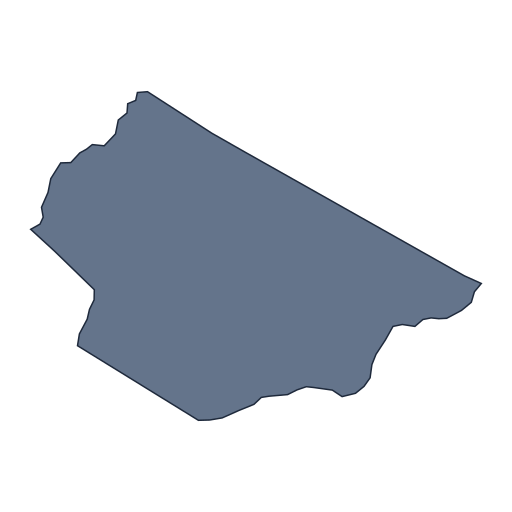 Itaquitinga, Pernambuco, Brazil (Robinson projection)
{"feature_id": "56859067B86839923199857", "entity_name": "Itaquitinga", "entity_type": "district", "adm_level": 2, "iso_a3": "BRA", "parent_name": "Brazil", "parent_adm1": "Pernambuco", "projection": "robinson", "projection_center": [-35.032, -7.681], "detail": "fine", "context": "isolated", "style": "filled", "palette": "slate", "viewbox_px": 512, "rotation_deg": 0, "n_neighbors": 0, "source": "geoboundaries", "source_scale": "gbopen_adm2", "svg_char_len": 831}
<svg xmlns="http://www.w3.org/2000/svg" viewBox="0 0 512 512"><path d="M30.7,229.3L54.5,251.1L94.3,289.7L94.1,299.9L89.5,309.3L87.2,319.2L79.4,333.9L77.5,345.7L198.4,420.3L209.7,420.0L222.2,417.9L238.8,410.5L254.0,404.3L261.3,397.4L269.1,396.2L287.6,394.6L297.0,389.9L306.3,386.7L313.8,387.5L332.3,390.1L342.1,396.6L355.5,393.3L364.0,386.4L370.1,377.8L371.9,364.6L376.0,354.3L385.3,340.1L393.0,326.4L402.3,324.5L414.9,326.4L422.9,319.5L431.1,317.9L438.8,318.7L446.7,318.3L461.5,310.4L471.3,302.3L474.4,291.8L481.3,283.5L464.3,275.8L245.0,152.1L211.8,133.2L147.5,91.7L137.4,92.5L135.7,100.4L127.7,103.7L127.0,113.0L118.3,120.0L115.5,133.9L104.2,145.8L92.3,144.6L86.5,149.2L79.8,152.9L70.8,162.6L60.7,162.9L50.8,178.6L48.0,192.5L41.5,207.3L43.2,217.2L40.0,224.1L30.7,229.3Z" fill="#64748b" stroke="#1e293b" stroke-width="1.5"/></svg>